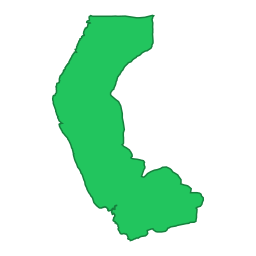 outline of West Tanna, Tafea, Vanuatu
{"feature_id": "77236927B19394632379581", "entity_name": "West Tanna", "entity_type": "district", "adm_level": 2, "iso_a3": "VUT", "parent_name": "Vanuatu", "parent_adm1": "Tafea", "projection": "orthographic", "projection_center": [169.261, -19.471], "detail": "fine", "context": "isolated", "style": "filled", "palette": "green", "viewbox_px": 256, "rotation_deg": 0, "n_neighbors": 0, "source": "geoboundaries", "source_scale": "gbopen_adm2", "svg_char_len": 5689}
<svg xmlns="http://www.w3.org/2000/svg" viewBox="0 0 256 256"><path d="M151.9,46.4L151.9,44.9L153.0,43.0L153.0,41.0L152.5,34.0L152.8,32.3L152.7,31.0L152.8,29.4L152.6,27.0L152.8,22.9L152.4,21.5L152.1,19.8L152.1,19.2L152.6,18.1L152.7,17.0L153.7,15.8L152.5,15.4L144.9,17.3L139.1,17.8L136.7,17.8L125.2,16.1L117.8,16.3L115.4,16.1L111.3,16.3L92.6,16.3L90.7,15.6L90.2,16.2L89.4,16.4L89.2,16.8L89.1,17.7L89.4,19.7L89.4,20.2L88.8,20.6L87.7,20.9L87.2,21.2L86.8,21.7L86.7,22.4L87.1,22.6L87.6,22.5L88.0,22.9L89.2,22.6L89.8,22.6L90.2,23.0L89.8,23.2L89.0,23.3L88.6,23.4L88.1,24.1L87.8,24.8L87.7,26.1L87.3,27.2L87.0,27.5L86.4,27.5L86.2,28.2L85.9,28.4L85.7,28.5L85.4,28.2L85.2,28.3L85.2,28.9L84.5,29.8L84.3,30.6L83.8,31.7L83.5,33.6L83.6,34.0L84.2,34.6L84.4,35.1L84.1,35.5L83.0,35.6L82.2,36.2L81.7,36.6L81.9,37.4L81.1,38.4L80.0,38.8L79.9,39.0L79.9,39.3L80.1,39.7L80.0,40.1L79.5,40.4L78.9,41.2L78.5,42.7L78.0,43.5L77.8,44.2L77.4,44.6L77.5,45.4L76.7,46.4L76.6,48.4L76.4,48.8L76.0,49.2L75.2,49.4L75.2,49.6L75.6,49.9L75.7,51.2L76.2,51.6L76.5,52.3L76.1,52.3L75.7,52.1L74.4,52.2L74.3,52.7L74.2,53.1L73.0,54.3L72.8,55.0L72.2,55.5L71.5,57.4L70.6,58.6L70.6,59.3L70.2,59.5L70.1,60.1L69.7,60.3L69.5,61.1L69.1,61.5L68.8,63.2L67.9,63.6L67.8,64.3L67.5,64.6L67.0,64.8L66.9,65.3L66.4,65.7L66.3,66.2L65.8,66.6L65.5,67.3L65.1,67.6L65.3,68.9L64.0,69.8L64.0,70.5L63.5,70.7L63.7,71.4L63.1,72.0L63.0,72.8L62.2,73.4L62.0,74.0L61.9,74.3L60.2,75.9L59.4,78.6L59.3,80.3L59.7,80.7L59.2,81.6L59.3,82.1L59.2,82.5L58.5,82.8L58.1,83.1L57.1,83.3L56.9,83.4L56.5,85.8L56.0,86.6L56.1,87.1L56.4,87.1L56.5,87.4L56.3,88.8L56.3,89.5L56.6,90.5L56.4,91.1L56.5,91.9L56.4,92.8L55.6,93.6L55.1,94.6L54.9,95.4L54.5,95.6L53.6,95.5L53.4,95.7L53.0,96.6L53.0,97.3L52.7,98.3L52.8,100.1L53.3,101.5L53.3,103.5L53.5,104.1L55.7,110.0L55.8,111.5L56.3,112.6L56.6,114.1L57.4,115.9L58.0,116.6L57.8,116.7L57.7,117.2L58.0,118.3L58.6,119.2L59.1,120.8L59.9,121.4L61.1,122.6L62.1,123.3L60.4,123.6L59.3,124.0L59.1,124.3L59.2,124.7L59.7,124.9L59.4,125.6L59.4,125.9L59.8,127.0L60.1,127.2L60.5,128.4L60.9,128.7L61.3,129.9L61.9,130.5L62.5,132.2L62.9,132.8L63.4,133.2L65.3,135.6L67.5,137.9L67.9,139.2L68.9,140.6L70.7,144.5L71.2,146.1L71.6,147.8L71.9,148.3L72.4,148.7L72.5,149.9L72.8,150.7L73.3,153.2L73.4,153.5L73.8,153.8L73.4,154.2L73.4,154.7L74.6,159.3L75.3,161.2L76.7,164.1L77.7,167.1L79.6,169.5L80.7,171.8L81.0,173.1L81.9,174.1L82.4,175.1L83.9,179.9L84.8,181.7L85.1,184.2L85.5,185.5L86.4,187.2L86.7,188.1L87.0,188.4L87.0,189.2L88.9,192.8L90.1,194.3L91.1,196.3L92.0,197.1L92.6,198.2L93.9,202.5L94.8,203.7L95.7,204.5L96.3,205.4L99.1,207.7L99.8,208.0L101.5,208.0L101.6,207.8L102.4,207.7L102.9,207.2L103.2,207.1L103.5,207.4L103.8,207.4L104.2,207.2L104.8,206.7L105.3,206.8L105.6,207.2L106.3,207.3L107.1,208.2L107.4,208.6L108.1,209.2L107.8,209.6L107.8,209.8L107.9,210.3L108.5,210.9L109.0,210.7L109.8,210.8L110.2,210.5L111.2,210.4L112.6,208.4L113.1,208.4L113.9,209.0L114.5,209.0L114.6,208.8L114.6,208.5L114.4,207.4L114.8,206.1L115.1,205.8L115.5,205.6L116.5,205.3L117.2,205.4L115.6,205.9L115.1,206.3L115.0,206.6L115.0,207.1L114.8,207.9L115.0,209.2L114.8,209.4L114.4,209.4L113.7,209.2L113.4,209.0L112.9,209.1L112.3,209.8L112.0,210.4L111.6,212.4L112.5,214.1L112.3,214.2L112.4,214.4L113.0,214.1L112.8,214.0L112.5,213.5L112.5,213.3L112.8,213.4L113.5,213.3L114.0,213.4L114.2,213.9L114.4,214.6L115.0,215.1L114.7,215.8L114.8,216.4L114.4,216.8L114.3,217.2L113.9,217.4L113.6,218.1L113.6,218.5L113.8,218.9L113.3,219.4L113.1,220.3L113.4,220.9L115.2,221.8L115.2,222.8L115.8,222.7L116.4,223.0L116.5,223.2L116.3,223.6L117.0,223.9L117.7,224.7L118.0,225.3L118.0,226.4L118.6,227.4L118.6,227.7L118.6,228.2L118.1,228.8L118.2,229.4L118.6,230.2L119.1,230.8L120.4,233.5L120.7,233.7L121.8,234.0L124.1,233.5L125.3,234.1L126.3,234.0L126.7,234.4L128.0,236.9L128.1,237.8L127.8,238.4L128.0,238.9L128.3,239.2L129.6,239.3L130.1,240.0L130.3,240.6L132.7,239.9L133.7,239.2L135.5,238.7L136.3,238.0L138.3,238.1L139.5,237.2L141.0,236.5L145.5,235.8L146.7,234.8L147.7,233.5L147.2,230.5L151.1,229.1L152.9,228.8L153.2,229.7L155.9,231.6L157.3,231.9L161.7,231.9L163.5,231.6L165.3,231.3L166.0,230.8L166.8,230.2L167.8,228.2L169.0,227.9L170.6,226.9L176.0,226.0L177.3,225.4L186.2,223.6L188.9,223.3L190.0,222.4L194.2,222.2L195.9,221.3L196.1,219.4L196.5,217.6L196.5,214.3L196.8,212.2L197.0,209.1L196.1,208.1L197.2,207.2L200.4,206.2L201.8,204.4L202.4,202.1L203.3,200.1L203.2,197.7L201.6,196.2L201.0,194.2L199.6,193.2L197.0,192.7L190.5,192.7L191.2,188.7L188.3,186.2L187.0,185.6L183.8,184.9L180.7,183.8L181.0,182.7L181.0,179.7L178.4,176.1L177.8,175.0L175.6,173.6L172.7,171.9L171.4,169.9L169.8,168.6L166.4,167.0L162.5,167.3L160.4,168.6L157.1,169.7L154.3,170.2L150.8,171.7L147.5,173.6L145.6,175.7L143.8,177.2L142.1,176.7L141.5,176.4L143.9,169.4L144.2,169.0L144.5,168.6L144.8,168.1L144.9,166.8L144.2,165.2L144.1,162.9L144.5,162.3L143.5,160.8L142.2,160.4L141.4,160.3L140.1,159.9L137.3,159.3L133.1,158.8L131.5,158.3L130.9,157.8L131.2,157.2L132.2,156.3L132.0,154.5L131.8,153.9L131.5,153.6L130.9,152.2L129.9,150.9L129.7,150.4L129.2,149.8L126.2,147.7L123.8,146.5L122.1,144.7L123.1,144.0L123.5,143.1L123.5,137.3L123.3,136.1L123.3,132.8L124.3,129.6L123.3,122.7L122.3,117.9L122.3,113.6L120.7,105.9L118.5,101.6L115.9,99.7L111.1,95.6L110.6,94.7L110.6,92.7L111.8,91.0L112.3,90.1L113.8,89.2L114.0,88.0L115.4,84.9L115.8,83.5L116.1,81.7L116.9,80.2L117.1,78.9L117.8,76.5L118.3,76.3L119.1,74.9L119.8,74.6L120.0,74.0L120.4,73.1L120.9,72.5L121.3,71.4L122.6,70.3L123.6,68.5L123.8,67.9L124.7,66.5L127.6,63.7L128.4,62.7L131.0,61.8L131.9,60.8L132.5,59.9L134.5,58.4L136.1,57.5L136.8,56.4L139.0,55.5L140.1,54.9L141.1,53.9L141.9,53.0L142.8,52.4L145.4,51.0L147.3,50.7L148.5,49.8L150.9,48.3L151.9,46.4Z" fill="#22c55e" stroke="#15803d" stroke-width="1.5"/></svg>